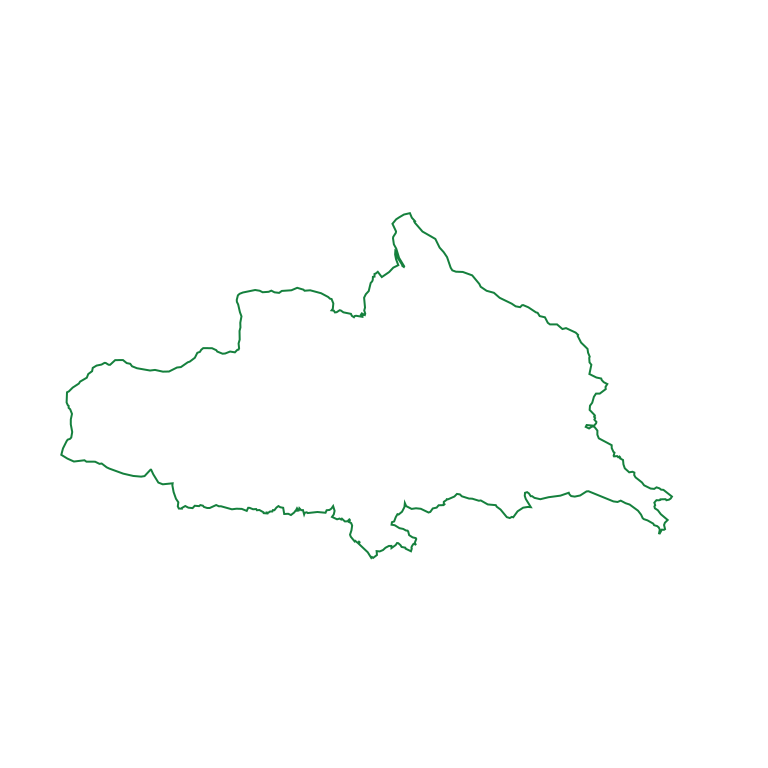 Ghelari, Hunedoara, Romania, rotated 13°
{"feature_id": "2599482B13335161568534", "entity_name": "Ghelari", "entity_type": "district", "adm_level": 2, "iso_a3": "ROU", "parent_name": "Romania", "parent_adm1": "Hunedoara", "projection": "equal_earth", "projection_center": [22.789, 45.717], "detail": "fine", "context": "isolated", "style": "outline", "palette": "green", "viewbox_px": 768, "rotation_deg": 13, "n_neighbors": 0, "source": "geoboundaries", "source_scale": "gbopen_adm2", "svg_char_len": 6138}
<svg xmlns="http://www.w3.org/2000/svg" viewBox="0 0 768 768"><g transform="rotate(13 384 384)"><path d="M596.4,344.8L601.2,339.1L600.5,337.0L601.6,333.8L597.7,332.8L595.3,331.2L594.4,329.8L589.5,329.9L581.9,328.1L581.7,318.6L579.4,316.7L578.1,312.4L578.3,311.1L575.8,307.6L574.4,304.0L566.7,299.3L561.9,293.6L562.1,292.5L559.2,290.8L548.8,288.6L545.5,290.3L539.2,287.0L532.3,288.6L529.8,287.5L525.8,282.8L520.4,282.8L517.7,280.1L515.9,280.0L507.4,276.8L501.8,275.8L500.7,276.3L499.4,278.5L494.8,278.7L490.4,277.0L477.3,274.0L470.6,270.4L463.0,270.1L456.3,267.5L454.4,265.1L445.5,258.3L435.6,257.1L428.8,258.4L425.0,257.9L422.8,255.7L416.9,246.2L412.5,242.1L407.5,238.6L401.4,231.1L387.2,226.8L377.9,220.0L377.0,219.0L377.6,218.4L373.7,215.7L370.8,211.7L365.3,214.4L361.4,218.1L358.8,220.8L356.2,226.0L361.4,232.6L361.5,234.1L359.9,238.5L360.0,240.0L362.2,245.7L365.5,249.4L370.3,257.7L377.2,264.8L377.0,265.5L375.3,264.8L374.8,263.7L369.0,258.0L367.6,256.2L366.1,252.3L365.1,251.7L365.7,255.3L367.6,259.6L371.2,265.0L366.9,268.5L363.8,273.8L357.8,280.3L352.7,276.1L351.1,278.2L350.0,278.9L350.6,281.5L349.1,282.1L349.6,285.0L349.4,286.6L348.3,288.6L348.2,296.9L346.1,300.6L345.2,304.4L348.3,313.8L348.2,316.8L349.9,319.7L349.8,321.1L346.5,320.2L346.0,321.6L348.1,322.0L347.4,322.8L347.7,323.4L341.4,323.8L340.2,324.4L339.7,325.7L337.3,324.8L336.0,323.1L328.3,323.3L325.4,322.1L324.2,322.1L321.7,324.7L320.1,325.3L318.6,323.8L316.4,324.0L317.2,322.2L316.5,316.9L313.8,313.0L312.1,313.0L310.1,311.8L302.3,309.7L291.0,309.3L285.6,311.0L284.3,310.2L277.8,309.8L272.7,313.5L263.5,316.3L261.3,318.8L256.7,319.3L253.2,318.4L250.9,320.1L245.1,321.9L241.9,321.1L237.3,321.4L225.9,326.6L223.0,328.6L221.7,330.5L221.6,335.2L222.2,337.1L224.0,339.3L227.5,346.5L229.9,350.1L230.2,356.7L231.4,361.2L231.3,364.8L233.4,373.2L233.2,377.2L234.8,381.9L234.5,383.3L233.5,383.6L231.6,386.7L226.7,387.0L222.4,390.0L219.9,390.8L214.2,389.9L213.0,388.8L208.4,387.8L199.8,389.7L198.2,391.8L197.4,394.1L195.1,395.6L193.8,401.0L189.7,405.9L187.9,407.0L182.3,413.2L178.6,414.5L171.7,420.2L165.8,421.7L157.7,421.8L153.0,423.5L139.7,424.2L134.5,423.4L132.2,421.4L128.6,421.5L124.3,419.4L116.7,421.2L112.8,426.9L111.3,427.2L108.1,426.1L106.9,426.3L104.4,428.6L99.8,430.7L96.6,433.8L96.7,437.2L93.6,440.8L93.0,444.7L87.3,450.1L86.6,452.2L81.5,457.5L78.6,462.1L77.0,463.4L78.9,473.4L80.7,475.8L81.6,476.2L82.1,478.2L83.9,479.2L86.7,483.3L86.8,489.0L87.9,493.8L91.0,500.9L91.3,506.5L90.4,508.1L88.3,509.4L87.6,511.1L85.7,519.0L85.5,525.6L92.3,527.9L99.3,529.3L109.3,525.7L111.5,526.6L120.0,524.7L124.7,525.8L126.8,525.0L132.6,527.6L135.4,528.2L150.0,530.0L160.4,530.0L168.2,528.9L171.4,527.6L175.8,520.0L176.4,519.9L179.5,523.9L186.3,530.8L191.0,531.5L200.4,528.3L200.6,530.4L203.3,536.6L207.1,542.6L210.2,545.5L210.6,549.6L212.1,551.5L215.1,550.9L215.0,550.2L217.8,547.6L221.2,548.5L225.4,548.0L227.0,545.2L231.3,544.6L232.3,543.3L234.9,543.3L236.2,544.3L239.6,544.6L242.1,544.0L247.7,539.7L250.7,540.3L252.6,539.8L264.0,540.3L268.3,538.7L273.5,537.7L278.8,538.5L279.5,535.2L280.9,534.9L284.6,535.5L287.6,534.6L288.6,535.6L290.9,534.8L295.4,536.1L295.8,536.9L299.2,536.4L298.8,535.6L300.2,535.5L301.6,533.9L303.9,533.3L304.1,531.9L305.6,531.6L307.0,528.6L308.6,526.7L310.6,527.4L313.6,527.3L316.0,533.1L319.9,532.0L322.8,532.6L325.4,529.4L326.2,527.5L327.2,527.2L326.7,526.6L327.2,524.7L329.0,526.6L329.5,526.3L329.5,524.1L331.7,525.6L333.4,525.1L335.5,529.0L335.7,527.3L337.6,526.4L338.7,526.9L347.9,523.7L356.0,522.6L356.5,519.9L359.2,519.0L360.8,517.2L361.9,514.4L364.4,518.7L364.4,522.4L363.2,525.2L368.7,526.4L371.0,525.1L372.8,525.7L373.3,524.7L376.8,526.7L379.3,526.0L380.7,523.7L381.1,523.9L381.4,524.6L381.1,526.4L383.3,526.9L384.8,529.1L385.2,533.8L384.8,538.5L386.0,540.3L390.8,544.0L391.2,543.3L394.4,544.8L395.1,543.3L395.8,543.7L395.4,545.4L406.0,551.6L410.7,556.3L411.2,555.3L412.5,555.9L415.6,552.2L414.4,548.5L417.5,548.1L420.4,546.0L422.3,543.2L425.2,540.7L427.6,540.1L428.2,542.2L431.6,538.3L432.5,536.0L433.7,535.9L436.3,537.3L437.8,538.8L441.6,538.7L442.1,539.6L447.9,540.9L448.1,538.2L447.6,537.5L447.6,536.1L448.5,533.5L449.2,532.9L451.4,533.6L449.7,531.9L450.3,527.8L449.6,527.0L446.3,527.0L442.5,525.6L440.7,522.2L439.9,521.6L438.3,521.8L435.3,520.9L431.5,521.0L426.2,519.2L423.0,519.4L422.8,516.9L424.8,515.6L425.4,511.1L426.4,507.8L427.6,507.9L430.3,504.4L431.6,499.3L431.1,495.3L433.1,498.0L439.0,499.5L443.1,497.9L447.9,497.3L456.3,499.2L457.9,498.2L459.5,494.3L463.1,492.6L464.5,489.9L469.3,488.6L469.9,487.6L469.2,487.4L468.8,485.3L471.1,482.8L471.1,482.1L472.4,481.9L477.9,477.8L479.8,474.7L482.8,474.5L485.1,475.9L492.6,476.5L495.7,475.9L502.7,476.4L504.5,475.7L512.2,478.0L520.2,476.9L521.4,478.2L525.8,480.1L533.6,486.1L536.7,486.3L538.5,484.7L539.9,484.8L542.8,478.0L547.4,473.2L551.9,471.4L554.8,471.0L548.0,464.1L546.3,461.3L545.9,458.3L547.8,457.2L549.8,458.0L552.2,460.3L553.6,460.0L556.2,461.1L562.2,461.1L569.8,457.3L581.0,453.1L588.5,448.4L589.6,449.9L591.6,451.1L595.2,450.8L600.2,448.5L605.5,443.1L607.4,442.5L634.0,446.8L638.1,446.4L640.9,444.4L646.2,445.8L650.5,446.2L660.0,450.3L663.9,453.5L666.2,456.5L667.5,457.2L671.4,457.6L677.8,459.5L678.9,460.8L682.1,461.0L683.9,461.9L685.5,463.8L685.6,467.6L686.3,467.6L687.5,463.4L689.6,463.1L690.5,462.2L688.6,458.4L688.9,456.0L691.0,452.7L683.0,448.6L679.2,445.4L675.9,444.2L675.0,442.4L675.5,441.1L674.1,438.8L675.6,435.9L678.0,435.5L679.3,434.8L679.3,434.2L684.3,432.9L685.3,433.7L687.7,432.6L689.1,431.1L689.9,428.9L680.1,424.3L677.7,424.6L675.9,423.7L672.8,423.4L670.9,425.4L667.3,425.9L660.2,424.2L657.5,421.9L650.1,418.4L648.3,416.5L647.9,414.0L645.9,413.6L642.8,414.9L637.6,412.0L635.4,408.5L634.0,404.3L630.8,403.4L630.7,402.4L629.7,401.7L628.7,402.7L627.4,401.8L624.4,402.8L623.9,402.3L624.0,399.0L622.8,398.5L620.3,395.2L619.6,392.4L605.5,388.6L603.3,385.4L602.4,381.4L598.5,378.3L596.3,378.6L593.8,381.2L590.2,380.4L590.7,378.4L598.0,377.4L599.5,374.6L599.5,373.2L597.0,371.4L597.4,369.7L596.3,368.9L596.1,368.3L596.7,367.6L596.2,366.9L590.2,363.0L589.6,358.8L591.1,355.4L591.4,349.3L592.7,345.7L596.4,344.8Z" fill="none" stroke="#15803d" stroke-width="2"/></g></svg>